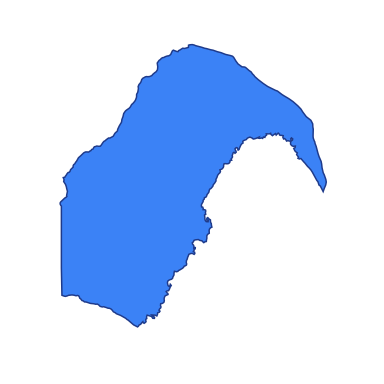 the district of Naviraí, Mato Grosso do Sul, Brazil, rotated 283°
{"feature_id": "56859067B65358919178555", "entity_name": "Naviraí", "entity_type": "district", "adm_level": 2, "iso_a3": "BRA", "parent_name": "Brazil", "parent_adm1": "Mato Grosso do Sul", "projection": "albers", "projection_center": [-54.032, -23.101], "detail": "fine", "context": "isolated", "style": "filled", "palette": "blue", "viewbox_px": 384, "rotation_deg": 283, "n_neighbors": 0, "source": "geoboundaries", "source_scale": "gbopen_adm2", "svg_char_len": 6016}
<svg xmlns="http://www.w3.org/2000/svg" viewBox="0 0 384 384"><g transform="rotate(283 192 192)"><path d="M306.4,260.1L307.2,257.8L309.6,252.5L309.8,250.6L311.8,242.1L313.8,236.9L316.4,231.2L318.6,227.2L319.6,226.1L320.7,224.3L322.3,222.6L323.2,220.3L325.4,216.2L325.6,215.1L325.2,212.5L327.1,208.1L329.4,205.4L332.5,202.4L333.4,201.0L333.6,198.9L333.6,193.8L334.3,188.9L334.4,185.1L334.9,180.6L334.8,178.4L335.0,173.6L334.9,172.1L335.2,169.1L335.4,162.6L335.7,161.1L335.7,159.1L335.0,156.9L334.3,155.6L332.1,156.0L330.2,152.5L330.0,150.6L327.5,148.1L326.8,147.2L325.6,146.8L325.5,145.4L326.0,141.9L325.2,141.2L323.7,140.8L321.2,140.3L320.1,139.4L319.4,138.6L319.0,137.4L318.3,136.2L317.6,135.2L316.8,134.4L316.2,133.0L315.3,132.1L313.9,131.3L312.8,130.3L309.8,129.1L306.5,130.4L304.7,130.7L303.2,130.8L301.9,130.3L301.0,129.9L299.8,128.8L297.6,127.2L296.4,126.7L294.9,124.6L294.4,123.0L294.2,121.6L293.6,120.5L292.8,119.7L291.9,118.6L290.3,117.7L288.5,117.6L287.5,117.4L286.1,116.9L284.9,116.2L282.6,115.8L281.6,116.2L280.7,116.5L277.6,116.7L276.4,116.6L275.4,116.2L274.3,116.1L272.8,116.5L271.3,116.6L268.7,116.2L267.3,115.7L264.8,114.4L263.7,113.5L261.1,112.8L259.7,112.1L256.9,109.6L255.9,108.9L253.1,107.8L250.0,107.8L246.9,107.4L244.1,107.6L240.1,106.3L236.4,105.5L234.9,105.6L233.8,105.1L232.9,104.3L231.6,103.6L228.6,102.7L226.2,100.0L225.8,98.5L223.6,96.6L222.5,95.9L221.4,94.7L219.7,93.9L217.5,93.1L216.0,92.4L215.5,90.5L215.4,88.9L214.7,87.9L214.1,86.7L213.0,86.2L211.6,85.9L210.9,84.7L209.6,84.2L208.9,83.3L207.7,82.4L207.4,80.5L207.0,79.1L205.8,77.7L202.1,75.3L199.9,73.7L196.1,72.6L194.7,71.9L193.2,71.5L191.9,70.5L190.5,70.3L189.5,70.6L186.5,68.7L184.8,68.5L183.8,68.1L183.0,66.8L181.3,66.0L179.9,65.6L178.8,65.0L177.8,64.8L177.1,63.3L175.1,64.6L173.3,64.6L171.2,66.8L170.3,67.5L168.4,68.6L167.4,69.0L164.6,70.5L160.4,70.6L159.4,71.1L158.4,70.3L157.5,69.4L152.8,66.3L151.8,66.0L150.7,66.2L149.6,67.0L148.9,67.9L88.7,81.8L62.1,88.5L61.8,90.7L61.8,92.1L62.7,93.8L63.6,95.0L64.7,98.2L64.9,100.2L64.8,102.4L65.4,103.5L65.4,104.8L64.6,105.7L63.3,106.5L62.6,107.9L61.5,109.2L61.4,110.7L60.7,111.9L61.0,113.5L60.6,118.2L61.0,121.4L61.0,123.5L61.5,125.1L61.0,126.5L59.9,128.2L59.8,130.4L60.4,131.9L60.2,133.1L60.2,134.1L59.9,136.1L60.1,137.9L59.8,139.3L58.8,141.0L57.7,142.2L57.3,143.3L57.1,144.5L56.4,145.6L55.7,150.2L54.0,155.9L53.2,157.3L52.8,158.6L49.4,165.0L48.3,169.3L49.2,170.0L50.5,170.4L51.5,171.7L53.3,172.5L54.6,173.3L53.7,173.8L53.3,174.9L54.4,175.9L55.3,176.4L56.3,175.9L57.6,175.6L58.5,176.4L59.8,175.9L60.8,175.8L61.9,176.0L61.6,180.6L60.1,182.2L60.4,183.8L61.5,183.7L63.2,180.6L63.7,184.0L63.3,185.6L64.8,185.9L66.6,185.7L67.5,187.2L68.7,187.6L69.4,186.4L70.9,186.8L72.1,187.6L73.1,187.6L74.4,186.8L76.1,186.6L76.8,188.2L78.1,189.4L79.8,189.5L81.4,188.9L82.6,188.8L83.7,188.9L84.9,189.3L86.7,191.7L87.7,191.3L88.4,189.9L89.3,189.2L90.1,190.1L90.6,191.4L92.5,191.9L94.2,192.1L96.3,192.8L97.2,191.6L95.7,191.6L94.9,190.8L95.4,189.7L98.0,188.5L99.6,188.4L100.7,189.2L101.5,190.1L102.4,191.7L103.6,192.5L104.9,192.5L107.1,193.1L108.9,192.7L110.8,192.7L110.8,194.8L111.5,196.1L112.5,196.6L113.2,197.5L115.5,199.9L116.7,200.7L118.0,201.1L118.6,202.1L119.5,203.0L120.7,203.0L121.9,202.3L123.9,202.0L125.3,202.4L127.8,202.5L129.0,202.8L130.5,202.9L131.2,203.8L131.9,204.9L132.2,206.3L131.7,208.1L132.6,208.6L133.9,208.1L134.2,206.7L136.0,207.2L137.2,206.6L137.4,207.9L138.6,207.7L138.6,206.2L139.7,206.0L140.6,205.4L141.3,204.3L142.6,203.7L143.8,204.6L145.3,204.8L146.2,206.2L147.1,208.9L146.6,210.5L146.7,212.6L145.8,213.9L145.3,214.9L146.3,215.7L147.0,217.1L148.5,216.9L150.1,216.9L152.7,216.3L153.8,216.6L154.7,217.1L155.7,218.1L158.5,217.3L159.9,217.4L161.3,218.1L162.2,219.3L163.6,218.6L164.6,218.2L165.6,217.9L166.7,216.9L169.0,216.2L169.4,215.0L170.6,213.1L169.8,212.4L168.1,212.7L168.1,214.2L166.7,214.4L166.3,212.6L167.3,211.3L168.7,210.6L170.3,210.2L171.4,209.7L172.5,209.4L173.3,210.4L174.9,209.7L176.4,209.7L177.4,209.3L177.6,208.1L177.3,206.8L178.6,206.6L179.7,205.8L179.6,204.7L180.8,204.2L182.2,204.1L185.1,205.0L186.4,204.7L187.8,205.5L189.3,205.4L190.1,206.7L191.5,207.2L192.8,207.2L195.1,208.3L196.0,208.5L197.2,208.4L198.7,208.6L199.7,209.7L202.2,211.0L203.9,211.1L205.6,212.0L208.2,212.9L209.6,212.5L212.2,213.1L213.9,213.2L215.6,213.9L217.1,214.9L218.4,215.1L219.9,214.2L221.0,215.9L222.5,216.8L223.7,217.1L225.1,216.8L226.7,216.9L227.1,217.9L227.3,219.5L227.7,220.8L228.7,221.9L229.8,222.2L231.2,222.0L231.9,223.5L233.0,222.7L234.0,223.2L235.3,223.6L236.4,223.0L239.4,223.3L240.2,224.0L239.4,225.2L240.7,226.1L241.7,225.7L242.8,224.6L244.0,224.2L245.2,225.2L245.2,226.2L243.2,227.5L244.0,228.3L244.9,228.3L248.1,228.9L249.4,229.3L250.3,229.8L251.2,230.7L252.7,230.1L253.6,230.6L255.4,233.2L256.7,233.7L257.6,234.7L258.5,236.1L258.2,238.1L257.4,239.8L257.9,241.0L258.5,242.1L260.6,245.0L259.4,244.7L259.5,246.0L260.3,247.5L260.1,248.8L261.6,249.2L261.6,250.7L262.9,250.9L264.3,251.9L265.4,251.3L266.0,254.2L266.9,255.4L265.9,255.9L265.0,257.7L266.5,259.0L267.7,260.2L266.4,261.2L268.8,262.7L268.1,264.0L267.2,264.5L267.1,265.6L267.4,266.8L267.4,268.2L265.8,268.2L264.3,269.3L264.9,270.2L264.1,271.6L262.9,272.7L263.6,274.0L263.5,275.3L263.8,277.0L262.2,276.9L260.8,277.3L260.0,278.2L259.5,279.1L259.3,280.3L260.0,282.4L258.4,282.5L257.4,281.3L255.7,282.6L254.7,283.6L253.8,285.8L252.0,285.5L249.9,288.0L248.7,287.6L248.3,289.1L249.1,290.6L246.5,294.1L245.6,295.5L242.9,298.9L242.1,300.3L240.4,302.7L238.6,304.6L231.4,311.0L230.3,312.4L227.3,314.2L226.8,315.6L221.9,319.7L225.4,320.1L228.9,320.7L231.9,320.6L234.3,319.6L238.3,317.1L240.3,315.5L244.8,313.3L248.5,312.0L250.9,310.9L255.1,307.8L258.1,306.0L264.4,302.7L267.1,300.9L268.4,300.4L269.6,299.4L271.7,298.1L272.9,297.6L274.6,297.2L280.5,296.0L282.6,295.1L285.5,294.3L287.0,293.1L288.6,291.7L291.1,286.4L294.8,282.0L297.3,279.5L299.8,275.7L302.8,270.1L304.7,265.4L306.4,260.1ZM263.8,277.0L265.0,276.8L266.1,276.2L267.1,276.7L266.4,278.2L265.1,278.2L263.8,277.0Z" fill="#3b82f6" stroke="#1e3a8a" stroke-width="1.5"/></g></svg>